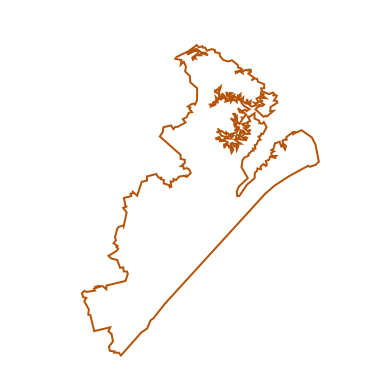 outline of Kaipara District, Northland, New Zealand, rotated 256°
{"feature_id": "76426892B63494088345666", "entity_name": "Kaipara District", "entity_type": "district", "adm_level": 2, "iso_a3": "NZL", "parent_name": "New Zealand", "parent_adm1": "Northland", "projection": "equal_earth", "projection_center": [174.219, -35.995], "detail": "fine", "context": "isolated", "style": "outline", "palette": "amber", "viewbox_px": 384, "rotation_deg": 256, "n_neighbors": 0, "source": "geoboundaries", "source_scale": "gbopen_adm2", "svg_char_len": 6104}
<svg xmlns="http://www.w3.org/2000/svg" viewBox="0 0 384 384"><g transform="rotate(256 192 192)"><path d="M50.6,83.5L68.0,108.9L70.3,115.3L77.6,120.9L78.8,124.1L89.9,138.3L172.4,262.3L178.1,273.3L184.0,290.4L189.4,311.2L187.9,312.5L188.5,318.5L190.7,322.4L208.0,323.3L215.9,321.5L225.5,313.2L224.5,308.4L225.5,306.2L225.3,304.4L224.3,304.5L225.1,305.8L224.6,307.0L223.6,304.0L225.4,303.8L222.5,296.9L219.0,296.3L220.6,295.9L219.9,292.3L217.1,292.0L213.9,294.4L210.8,292.5L215.8,291.2L214.6,290.4L214.5,289.6L219.5,289.2L219.1,284.2L214.3,281.6L213.5,279.1L211.6,281.4L210.8,278.4L207.7,278.1L206.7,282.4L205.8,280.8L204.5,281.7L207.5,276.4L204.6,274.6L204.3,271.2L200.1,271.2L199.4,269.9L201.9,268.2L200.0,264.5L197.4,264.4L199.0,261.1L196.9,260.4L195.4,257.6L190.3,256.1L185.7,246.9L176.8,237.1L177.0,234.9L181.4,235.4L185.9,238.7L191.9,249.5L204.1,246.0L210.5,248.6L212.5,250.6L213.7,255.9L215.1,255.9L217.3,259.8L217.3,261.8L219.4,261.6L218.7,264.0L222.3,264.2L222.4,266.1L225.9,268.6L226.2,271.1L229.7,269.9L229.9,272.2L231.9,273.3L231.1,274.9L236.9,280.1L242.5,278.6L241.4,277.0L242.5,273.9L244.9,274.5L248.3,270.4L253.3,271.8L250.9,265.7L251.8,264.4L246.6,265.6L246.5,262.9L244.7,262.6L245.7,261.9L245.7,257.2L243.8,258.1L242.3,263.4L240.9,261.6L241.3,258.1L238.1,260.3L238.1,264.1L236.5,261.1L234.5,262.0L235.1,258.5L239.1,256.6L240.0,254.5L235.6,256.6L233.7,253.7L232.0,254.9L232.3,257.3L231.3,258.4L230.7,255.8L228.9,258.0L231.4,251.6L234.0,251.2L237.4,254.0L239.0,253.5L234.8,251.5L236.6,249.7L235.4,248.2L233.3,247.8L233.4,249.7L232.1,249.7L232.6,245.9L227.0,251.1L228.3,246.0L225.4,248.1L222.2,245.7L225.9,246.2L225.9,244.4L229.9,243.2L229.5,241.3L223.2,242.3L222.7,240.5L222.1,241.4L220.6,239.9L227.6,240.2L226.5,238.8L228.7,238.4L228.8,235.3L226.6,234.0L230.3,234.6L230.5,238.1L231.6,238.7L233.8,236.3L234.5,231.4L236.3,232.1L237.1,229.4L237.7,230.1L237.7,228.4L238.4,228.4L238.7,231.6L234.6,233.3L236.0,237.6L234.3,242.5L236.7,246.0L237.6,245.2L236.0,243.5L237.1,242.6L237.3,237.8L239.9,233.7L242.9,233.6L244.1,230.3L244.6,233.9L247.5,232.1L244.4,234.2L243.7,232.3L244.2,235.4L239.8,239.0L241.6,239.7L238.8,241.9L239.0,249.9L243.6,253.9L241.0,248.1L244.2,251.9L245.0,249.5L246.8,249.2L248.0,249.6L246.1,250.8L247.2,251.8L254.1,247.3L250.8,252.0L257.0,251.7L258.1,250.2L257.5,252.6L254.3,252.1L255.2,253.9L249.4,252.9L246.5,254.5L250.7,258.7L252.1,258.4L251.5,259.8L254.2,263.2L258.2,260.2L256.6,260.5L257.9,257.7L262.3,256.9L258.5,259.6L259.0,263.4L257.3,264.5L258.5,267.8L263.4,262.8L264.1,262.9L266.2,261.7L268.6,261.4L269.5,260.9L271.0,257.6L268.5,257.1L271.0,255.4L271.6,253.2L270.1,251.6L271.9,251.9L271.6,246.3L274.0,247.5L276.0,244.7L274.6,242.6L275.9,241.7L275.3,239.3L272.7,238.5L273.6,236.7L271.1,235.8L270.4,231.8L271.7,233.1L271.9,230.4L272.6,230.4L271.7,234.3L273.7,234.1L274.8,237.8L278.3,238.1L276.1,239.2L276.9,241.2L280.8,241.7L283.6,238.5L285.7,239.0L284.1,239.3L285.3,240.9L284.4,242.5L286.2,242.8L287.5,245.4L284.1,243.6L283.9,241.2L283.7,242.6L276.9,242.1L277.6,244.8L279.3,244.6L279.9,245.3L272.8,249.2L273.5,252.0L277.4,249.3L280.8,249.4L277.3,251.0L279.0,252.6L278.1,254.8L277.1,252.1L273.1,253.1L275.3,253.8L275.8,256.3L272.9,254.0L273.8,257.0L272.1,259.5L274.6,260.0L274.2,261.1L274.9,261.9L275.1,262.4L273.9,261.5L273.5,263.2L273.3,260.8L271.8,260.6L270.4,262.6L271.3,264.5L268.1,263.1L264.9,265.6L268.8,268.0L264.7,267.8L264.5,269.5L265.7,270.0L266.1,270.9L263.3,269.9L264.1,267.6L260.4,270.5L260.7,275.4L263.5,274.0L262.5,276.0L263.5,278.3L267.0,277.2L268.1,281.6L271.5,282.9L269.5,284.2L270.0,285.8L268.2,283.9L265.2,286.3L267.0,281.3L263.9,280.3L263.5,283.0L262.9,279.9L259.4,283.1L258.5,281.5L260.3,278.2L258.8,278.8L258.7,276.2L256.8,273.6L247.6,279.7L248.2,281.8L247.2,282.8L251.0,290.6L251.6,287.5L255.5,288.8L258.0,296.5L259.7,296.4L260.9,293.7L264.8,297.6L266.3,296.2L265.7,293.4L266.5,295.4L268.8,294.9L268.4,290.2L273.1,284.1L275.8,284.2L275.2,287.1L279.1,288.1L283.1,282.7L286.0,282.6L287.0,279.7L285.7,276.6L287.8,279.9L293.3,275.3L294.3,278.3L296.4,278.5L297.0,276.4L296.0,276.2L297.6,273.5L296.4,269.9L295.0,269.9L296.3,268.7L298.4,269.9L296.9,264.9L297.4,264.6L296.0,265.2L297.5,264.4L297.0,263.3L298.2,263.4L298.1,268.7L300.4,269.2L301.6,266.8L304.0,267.3L310.1,262.6L310.0,258.4L312.6,254.3L317.3,251.9L320.0,252.4L322.1,248.2L324.3,248.5L325.9,245.6L325.5,240.7L328.9,239.7L329.5,237.4L330.9,237.3L330.7,233.6L333.4,232.2L328.9,221.2L327.8,221.3L329.7,226.6L329.7,231.0L325.0,235.0L323.9,238.6L321.6,240.1L321.3,239.9L324.5,234.4L323.4,232.9L322.7,233.7L322.5,233.8L323.6,229.4L322.6,227.3L321.0,227.7L322.4,226.2L320.3,225.6L320.1,224.9L322.4,224.8L325.1,231.4L326.8,232.5L328.4,229.3L326.6,221.5L329.1,220.5L326.7,209.5L325.3,208.0L322.6,213.7L318.3,211.9L320.4,215.5L315.0,216.5L310.6,214.5L305.0,218.0L298.9,216.9L291.4,222.1L279.7,219.0L276.0,215.9L277.4,215.1L277.4,212.8L275.9,208.7L274.3,210.8L273.1,209.6L269.5,211.3L269.6,208.0L265.9,205.0L264.9,200.7L261.0,202.5L258.7,193.9L259.2,191.4L257.5,189.2L261.7,187.7L261.7,179.8L257.4,178.3L253.7,174.2L230.8,189.9L226.9,189.0L224.9,192.8L221.8,191.9L219.7,187.6L219.1,189.7L216.5,189.7L216.3,193.1L214.5,194.8L210.7,195.4L208.6,191.8L209.3,190.6L208.0,190.3L209.7,188.0L210.0,183.1L207.4,179.3L209.1,177.3L206.7,176.4L207.4,173.8L202.1,173.3L201.9,171.6L204.3,171.4L207.1,166.7L210.4,167.5L212.1,164.8L213.3,165.6L214.1,163.0L218.1,161.6L218.0,152.0L214.0,151.1L214.1,145.7L201.7,137.9L206.5,134.6L204.9,133.7L205.2,131.9L202.7,131.9L202.7,124.5L193.7,124.0L193.8,125.8L193.2,121.4L187.8,123.6L175.3,117.4L176.2,117.3L175.9,112.6L174.6,110.7L166.7,106.3L163.6,106.5L161.2,103.5L157.7,106.7L157.0,105.4L155.0,106.7L153.0,104.5L150.3,95.5L147.1,97.5L144.1,103.0L135.8,103.9L135.5,107.1L131.5,106.5L130.4,109.8L127.8,109.8L121.8,105.9L121.9,86.4L118.4,85.3L121.9,82.8L123.4,79.1L123.4,76.7L122.3,78.3L122.1,73.5L119.8,74.0L120.6,65.3L122.1,63.7L120.5,60.7L116.3,61.0L114.8,63.8L112.1,61.0L103.1,63.5L98.1,61.7L97.1,63.6L80.7,63.4L80.5,79.9L76.9,77.2L73.7,79.6L66.2,79.2L62.0,74.0L57.8,73.9L56.0,78.3L55.0,77.6L53.7,82.1L50.6,83.5Z" fill="none" stroke="#b45309" stroke-width="2"/></g></svg>